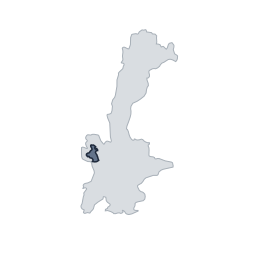 Xamneua, Houaphan, Laos (highlighted), rotated 233°
{"feature_id": "54806243B30579322269888", "entity_name": "Xamneua", "entity_type": "district", "adm_level": 2, "iso_a3": "LAO", "parent_name": "Laos", "parent_adm1": "Houaphan", "projection": "orthographic", "projection_center": [104.067, 20.373], "detail": "fine", "context": "in_parent", "style": "filled", "palette": "slate", "viewbox_px": 256, "rotation_deg": 233, "n_neighbors": 0, "source": "geoboundaries", "source_scale": "gbopen_adm2", "svg_char_len": 5772}
<svg xmlns="http://www.w3.org/2000/svg" viewBox="0 0 256 256"><g transform="rotate(233 128 128)"><path d="M94.3,43.9L95.3,45.9L100.1,51.1L100.9,52.5L102.7,53.6L104.1,58.2L104.7,58.5L105.6,58.2L106.2,57.6L106.7,55.8L107.0,55.6L107.6,57.1L108.9,57.5L109.5,58.2L109.7,59.3L109.5,60.4L108.3,63.0L107.6,66.5L112.3,74.1L114.3,75.2L119.1,76.4L122.3,78.1L123.8,77.7L125.3,75.8L127.0,74.8L130.2,73.2L131.1,73.1L132.9,73.7L135.8,75.6L140.3,79.1L140.1,80.1L139.3,81.0L136.9,82.4L136.2,83.3L136.7,83.6L138.6,83.8L140.9,84.6L141.7,85.5L142.1,87.6L142.5,88.0L144.6,87.8L145.3,88.1L146.1,88.7L146.9,90.5L146.8,91.8L144.7,94.1L144.5,95.5L143.4,97.1L140.4,99.9L139.6,100.1L134.2,98.6L129.8,98.8L129.5,99.3L130.2,101.0L130.4,102.7L129.7,103.9L127.2,105.5L127.2,106.2L127.7,107.0L131.3,108.5L142.9,116.4L148.2,117.8L150.6,118.8L151.2,119.4L151.1,120.1L150.5,121.0L150.0,122.5L150.0,123.5L150.6,124.4L151.5,125.7L154.8,128.7L157.2,129.4L159.7,132.8L160.5,135.8L161.8,137.7L167.9,144.2L173.0,148.1L176.1,152.4L177.6,153.4L178.0,154.9L178.5,159.5L180.3,161.7L180.6,162.6L181.4,163.3L182.3,163.4L184.0,161.9L184.4,162.1L185.2,164.5L186.0,165.3L188.7,166.8L191.6,169.6L193.2,170.6L195.1,171.4L195.4,172.3L195.1,173.3L194.5,173.9L191.2,175.6L190.7,176.4L193.0,180.0L198.6,184.5L200.4,187.2L200.0,188.5L198.5,191.2L197.4,191.9L197.1,192.8L198.0,194.9L197.9,198.3L196.9,199.1L195.9,201.2L195.3,201.4L193.5,200.7L190.0,204.2L188.5,204.1L186.7,206.1L184.4,206.4L182.8,205.0L179.3,202.7L178.1,201.2L177.0,202.5L175.3,203.7L172.7,203.3L172.1,205.1L171.6,205.4L168.5,205.8L167.9,206.1L168.4,207.7L170.3,210.4L170.8,211.9L169.7,214.5L166.5,214.5L165.1,213.5L163.3,211.3L159.2,209.9L156.5,210.9L155.6,210.9L153.6,209.1L152.8,207.9L152.3,206.1L155.4,204.7L157.0,203.6L158.0,202.4L158.5,201.2L158.9,196.1L159.4,194.3L159.1,192.1L158.3,190.4L158.2,187.8L158.7,185.7L159.8,184.6L160.6,183.1L161.1,179.7L160.7,178.8L159.6,178.0L157.6,177.2L156.4,176.3L155.9,175.1L155.9,174.0L156.5,173.1L155.0,172.1L151.5,171.0L149.5,169.7L149.1,168.1L147.6,166.0L145.1,163.5L143.7,159.9L143.6,155.1L143.9,151.2L144.9,146.7L143.5,143.4L141.8,141.7L139.6,140.5L137.4,138.7L135.4,136.3L133.0,132.8L130.1,128.2L128.2,126.2L127.3,126.6L125.2,126.2L122.1,124.9L119.4,124.1L117.1,124.0L115.6,124.3L114.9,125.0L114.8,125.7L115.4,126.4L115.1,126.9L113.9,127.3L112.9,128.1L111.8,129.8L111.0,132.0L109.8,132.8L108.0,133.0L106.3,133.6L104.6,134.7L103.7,135.5L103.8,136.0L103.4,136.2L102.6,135.8L102.2,135.1L102.3,134.0L101.4,133.2L99.6,132.8L97.6,131.5L93.7,128.3L92.8,128.1L91.5,128.9L89.8,130.7L88.4,131.4L87.3,131.0L86.5,131.6L85.9,133.2L84.8,134.5L79.4,137.9L74.6,142.2L73.4,142.6L70.6,141.3L69.7,140.4L73.8,131.4L74.4,129.2L74.3,126.3L72.7,123.9L72.6,123.1L72.9,122.4L75.0,119.6L77.4,112.4L77.3,110.2L76.3,107.7L75.8,105.3L76.3,102.1L76.2,100.9L75.1,100.2L71.5,99.5L69.4,100.0L68.5,100.8L67.2,101.4L65.0,101.6L62.9,100.5L61.1,98.6L60.8,96.4L63.1,91.5L63.7,89.7L63.6,88.8L63.3,87.9L62.7,87.7L61.6,86.6L60.6,84.5L59.5,83.6L58.6,83.7L57.6,84.5L56.1,86.4L55.6,86.1L57.1,79.4L58.4,76.6L59.9,75.3L61.4,74.8L63.0,75.0L64.4,74.8L65.5,74.2L65.4,73.8L64.1,73.6L63.6,72.9L63.9,71.4L64.5,70.5L65.4,70.1L66.3,68.7L67.2,66.3L68.2,65.1L69.4,65.0L71.5,64.0L74.4,62.0L75.5,60.0L76.6,61.0L76.1,63.3L76.7,63.8L76.9,64.6L76.8,65.9L77.0,67.0L77.4,67.6L78.0,67.8L81.1,66.9L83.0,66.9L86.0,68.6L87.8,67.4L87.9,66.9L86.4,65.3L86.9,59.5L86.8,55.0L84.3,51.7L83.9,50.3L83.6,48.2L83.0,46.3L84.8,44.8L85.8,42.1L87.0,41.5L87.4,41.6L88.9,43.7L90.9,42.7L92.4,42.7L93.6,43.2L94.3,43.9Z" fill="#d9dde1" stroke="#a8b0b8" stroke-width="1"/><path d="M122.8,79.4L122.7,79.4L122.7,79.5L122.5,79.8L122.4,79.8L122.1,80.0L121.5,80.5L121.1,80.9L120.8,81.4L120.5,81.8L120.2,82.3L119.9,83.2L119.8,84.7L119.8,85.2L120.4,85.3L121.5,85.6L122.4,86.0L123.3,86.4L124.2,86.5L124.3,86.6L124.5,86.7L124.7,86.8L124.8,86.8L125.0,86.9L125.4,86.9L125.5,87.0L125.9,87.0L126.0,87.0L126.3,87.0L126.5,87.0L126.8,87.0L127.0,87.0L127.3,87.1L127.5,87.2L127.8,87.3L128.0,87.3L128.2,87.5L128.3,87.5L128.5,87.9L128.5,88.0L128.7,88.3L128.8,88.5L128.8,88.9L128.9,89.0L128.9,89.4L128.6,89.5L128.4,89.9L128.5,89.9L128.7,90.0L128.7,90.5L128.8,90.6L129.0,90.6L129.4,90.5L129.8,90.5L130.2,90.5L130.3,90.6L130.5,90.3L130.5,90.1L130.6,89.9L130.7,89.7L130.8,89.5L130.8,89.3L131.0,89.3L131.1,89.2L131.2,89.3L131.4,89.4L131.6,89.4L131.9,89.3L132.0,89.4L132.1,89.5L132.3,89.6L132.3,89.8L132.3,90.0L132.3,90.4L132.3,90.5L132.2,90.7L132.3,90.9L132.5,90.9L132.9,90.8L133.0,90.8L133.4,90.7L133.5,90.7L133.8,90.6L134.0,90.6L134.3,90.5L134.5,90.4L134.8,90.3L135.0,90.2L135.3,90.0L135.3,89.9L135.5,89.7L135.7,89.4L135.8,89.2L136.0,88.9L136.3,88.7L136.5,88.6L136.6,88.4L136.6,88.2L136.6,87.9L136.4,87.8L136.4,87.7L136.2,87.6L136.0,87.4L135.9,87.3L135.7,87.2L135.4,87.1L135.2,87.1L134.9,87.0L134.7,87.0L134.4,87.0L134.2,87.0L134.0,86.9L133.9,86.9L133.7,86.9L133.4,86.8L133.2,86.7L132.9,86.6L132.7,86.5L132.7,86.4L132.5,86.2L132.4,86.0L132.4,85.9L132.3,85.6L132.3,85.4L132.3,85.0L132.3,84.9L132.3,84.7L132.3,84.4L132.3,84.2L132.2,84.0L132.2,83.9L132.1,83.7L131.9,83.4L131.9,83.2L131.9,82.9L131.8,82.7L131.7,82.7L131.6,82.4L131.6,82.1L131.6,81.9L131.7,81.7L131.8,81.4L131.9,81.2L132.0,81.0L132.1,80.9L132.1,80.7L132.2,80.4L132.2,80.0L132.2,79.9L132.2,79.7L132.2,79.3L132.1,79.2L131.9,78.9L131.7,78.7L131.4,78.5L131.2,78.7L130.8,78.5L130.6,78.5L130.4,78.5L130.1,78.5L129.9,78.4L129.8,78.5L129.7,78.6L129.4,78.7L129.2,78.7L129.2,78.8L129.1,79.0L129.1,79.3L129.0,79.5L128.9,79.6L128.7,79.8L128.4,79.8L128.3,79.7L128.2,79.6L127.9,79.6L127.7,79.6L127.4,79.6L127.2,79.7L127.0,79.8L126.9,79.9L126.8,80.0L126.7,80.0L126.3,80.4L126.2,80.5L125.9,80.7L125.8,80.8L125.7,80.9L125.5,81.0L125.4,81.0L124.5,81.0L123.9,81.0L123.6,80.9L123.2,80.6L123.0,80.3L122.8,79.8L122.8,79.4Z" fill="#64748b" stroke="#1e293b" stroke-width="1.5"/></g></svg>